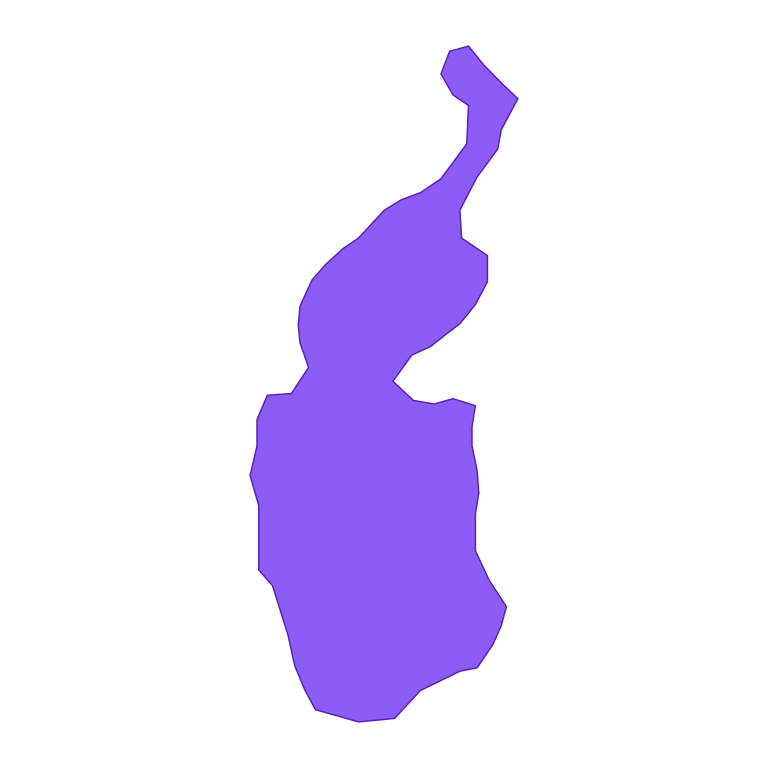 Kontea, Cyprus
{"feature_id": "46923920B33893861397598", "entity_name": "Kontea", "entity_type": "district", "adm_level": 2, "iso_a3": "CYP", "parent_name": "Cyprus", "parent_adm1": "", "projection": "natural_earth1", "projection_center": [33.731, 35.111], "detail": "fine", "context": "isolated", "style": "filled", "palette": "violet", "viewbox_px": 768, "rotation_deg": 0, "n_neighbors": 0, "source": "geoboundaries", "source_scale": "gbopen_adm2", "svg_char_len": 940}
<svg xmlns="http://www.w3.org/2000/svg" viewBox="0 0 768 768"><path d="M468.5,46.1L449.6,51.3L441.0,74.0L453.0,95.0L468.5,105.4L466.8,143.8L456.5,157.8L441.0,178.7L420.4,192.7L401.5,199.7L384.3,210.2L358.5,238.1L343.0,248.6L325.8,264.3L312.0,280.0L300.0,306.2L298.3,325.4L300.0,342.9L308.6,367.3L291.4,393.5L267.3,395.3L257.0,419.7L257.0,445.9L250.1,475.6L258.7,505.3L258.7,543.7L258.7,569.9L272.5,585.6L287.9,634.6L294.8,666.0L305.1,690.5L315.5,709.7L358.5,721.9L394.6,718.4L420.4,690.5L459.9,671.2L477.1,667.8L492.6,645.0L501.2,625.8L506.4,606.6L489.2,580.4L475.4,550.7L475.4,514.0L478.8,493.1L477.1,470.4L472.0,445.9L472.0,426.7L475.4,405.7L453.0,398.7L434.1,404.0L413.5,400.5L392.9,381.3L411.8,355.1L430.7,346.4L446.2,334.1L459.9,323.7L475.4,304.5L487.4,281.8L487.4,255.6L461.6,238.1L459.9,210.2L477.1,177.0L497.7,149.1L501.2,129.9L517.9,98.7L502.9,84.5L484.0,65.3L468.5,46.1Z" fill="#8b5cf6" stroke="#5b21b6" stroke-width="1.5"/></svg>